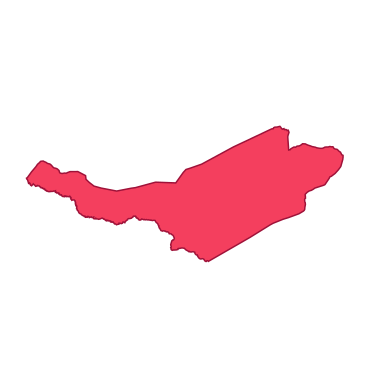 the district of Kacheliba, Rift Valley, Kenya, rotated 74°
{"feature_id": "3690345B93324860747201", "entity_name": "Kacheliba", "entity_type": "district", "adm_level": 2, "iso_a3": "KEN", "parent_name": "Kenya", "parent_adm1": "Rift Valley", "projection": "mercator", "projection_center": [35.077, 1.98], "detail": "fine", "context": "isolated", "style": "filled", "palette": "rose", "viewbox_px": 384, "rotation_deg": 74, "n_neighbors": 0, "source": "geoboundaries", "source_scale": "gbopen_adm2", "svg_char_len": 6010}
<svg xmlns="http://www.w3.org/2000/svg" viewBox="0 0 384 384"><g transform="rotate(74 192 192)"><path d="M243.2,106.4L242.4,95.2L241.1,90.2L240.5,89.1L239.7,88.4L238.0,87.8L235.2,86.4L233.5,86.1L232.6,86.3L230.5,85.9L229.8,85.5L229.1,84.5L227.9,84.5L227.8,84.3L227.2,84.1L226.0,84.1L225.3,83.6L224.0,81.3L223.3,79.0L223.3,76.8L222.8,74.7L222.1,72.8L221.8,63.4L221.5,62.1L216.8,56.5L215.5,55.4L215.3,53.7L213.6,49.3L210.9,45.0L208.8,42.3L208.3,41.8L202.3,38.1L200.2,37.2L198.4,36.7L197.4,37.8L194.6,38.3L193.7,39.2L191.2,40.6L190.8,41.1L190.3,42.3L189.6,43.2L188.8,43.7L187.8,43.8L187.5,44.0L187.2,44.5L187.0,45.6L186.5,46.4L186.2,47.2L186.3,48.2L186.2,49.0L185.9,49.9L185.5,51.8L185.9,53.6L185.9,54.9L185.2,57.2L183.9,59.9L183.0,61.0L181.4,64.1L180.5,65.2L178.7,67.9L177.0,69.8L176.1,72.4L177.0,74.7L177.2,75.7L177.2,76.9L177.0,77.5L176.9,78.6L177.5,80.1L177.4,80.6L176.9,81.4L176.9,81.9L177.7,85.1L178.4,85.8L178.3,87.5L165.6,84.8L164.4,84.3L161.4,82.3L159.8,82.4L159.1,82.5L159.2,83.5L158.8,83.5L158.0,84.2L157.7,84.8L157.8,85.4L157.5,85.9L157.3,86.1L156.4,86.1L156.4,87.3L156.6,87.5L156.5,87.8L156.0,88.2L155.1,88.6L154.3,88.8L153.1,89.4L153.0,92.4L152.5,94.5L152.7,95.7L153.0,96.1L153.5,96.4L153.3,98.0L153.5,99.4L160.1,139.8L167.9,175.1L168.6,187.2L168.7,191.6L170.8,195.0L178.8,205.1L172.5,224.4L172.2,245.3L171.6,249.4L170.3,264.2L163.2,278.2L159.3,284.6L154.5,288.1L150.6,290.4L146.9,289.8L140.9,296.1L138.8,303.6L139.0,306.3L139.3,307.9L138.7,309.1L138.4,311.8L137.5,313.5L136.6,313.9L134.7,313.9L132.7,315.1L131.7,316.3L130.8,318.0L130.3,318.5L127.3,319.9L125.9,320.9L124.7,323.0L123.2,324.2L121.8,326.0L121.4,326.2L121.1,327.0L121.0,327.9L120.8,328.6L120.9,329.4L121.8,330.5L122.1,331.5L122.9,333.0L124.6,335.0L128.4,340.7L132.8,346.3L133.1,347.3L134.1,347.2L135.2,346.7L138.5,346.7L138.5,346.3L138.3,346.0L138.4,345.7L138.6,345.6L139.2,346.0L139.6,345.3L139.9,345.4L140.0,345.3L140.9,345.3L141.3,345.0L141.4,344.6L141.8,344.4L140.5,342.4L141.0,342.3L141.4,341.7L141.8,341.6L142.0,341.3L143.4,340.8L143.5,340.6L143.5,340.1L143.3,339.8L143.5,339.1L143.1,338.8L143.2,338.5L143.5,338.5L144.2,337.0L144.8,336.9L145.3,336.4L145.9,336.4L146.1,336.2L146.0,335.9L146.4,335.7L146.6,335.0L146.8,335.1L147.7,334.2L147.7,333.6L148.4,333.5L148.4,332.9L148.6,332.7L149.4,332.8L149.9,332.5L149.9,332.1L150.5,331.5L151.0,331.6L151.3,330.7L151.9,330.2L152.4,329.0L152.3,328.6L152.6,327.9L152.4,327.5L152.7,327.1L153.1,325.4L152.9,324.5L153.3,323.9L153.2,323.0L154.1,323.4L154.5,323.4L154.4,323.0L154.5,322.7L155.0,322.7L155.2,322.2L155.8,322.1L155.6,321.6L156.1,321.0L156.1,320.5L156.5,320.1L157.0,320.2L157.2,320.6L157.4,320.5L157.7,319.8L158.3,319.7L158.6,319.6L158.5,318.8L158.8,318.5L158.8,318.3L159.4,318.4L160.3,317.9L160.8,317.3L160.7,317.0L161.0,316.6L160.8,316.6L160.9,316.2L161.2,315.3L160.7,315.1L161.3,314.1L161.7,314.3L161.8,314.1L162.0,313.4L161.9,312.9L162.2,312.5L162.5,311.9L162.3,310.7L162.5,310.5L163.7,310.0L163.7,310.5L164.5,310.4L165.3,310.1L165.8,310.3L166.1,309.8L166.8,309.8L166.7,309.3L166.9,308.9L167.0,307.7L167.2,307.4L168.3,306.8L169.0,307.1L169.4,306.8L169.8,306.8L170.4,307.2L170.7,306.9L171.6,307.4L172.0,307.2L172.5,307.3L172.6,307.0L173.3,306.7L173.5,306.7L173.6,307.2L174.4,306.8L176.0,307.5L176.1,307.3L176.5,307.5L177.2,307.1L177.9,307.3L178.7,306.7L180.4,306.5L181.3,306.2L181.6,306.0L182.7,304.7L183.2,304.6L184.0,304.0L184.9,303.1L185.1,302.6L185.7,302.4L185.7,301.6L185.9,301.4L186.7,301.6L186.9,301.5L187.0,301.1L186.9,300.6L187.4,299.9L187.4,299.6L186.8,299.6L186.7,299.2L187.1,298.1L188.3,297.8L188.3,297.4L188.0,297.0L188.3,296.2L188.1,295.7L188.7,295.4L189.1,295.1L189.0,293.5L189.4,293.7L190.0,294.0L190.6,293.8L191.2,292.4L190.6,291.9L190.6,291.7L191.7,291.0L191.9,290.0L192.5,289.3L192.6,288.0L192.3,285.9L192.4,285.4L193.3,284.7L193.3,284.3L193.9,284.2L194.0,283.8L194.3,283.4L195.5,283.0L195.5,282.6L195.4,282.2L196.1,282.1L196.4,281.8L196.4,281.6L196.0,281.0L195.9,280.7L197.0,279.9L196.9,279.1L197.3,278.5L197.6,278.5L198.1,278.7L198.3,278.6L198.1,277.7L198.5,277.4L198.9,277.5L199.0,277.4L199.1,277.1L198.9,276.3L199.1,276.0L199.9,275.9L200.5,275.5L201.3,275.3L201.3,274.8L201.8,274.2L202.7,273.6L202.6,272.6L202.8,271.1L202.5,270.7L202.0,270.9L201.8,270.7L202.3,270.2L202.3,269.6L202.9,268.8L202.9,268.2L202.8,267.4L202.0,267.0L201.8,266.5L202.0,266.0L202.9,265.3L203.0,264.9L202.3,264.6L202.1,264.3L201.6,263.3L201.1,262.6L201.1,261.7L200.4,261.2L200.1,260.6L200.1,260.0L200.5,259.1L200.4,258.5L200.5,257.6L200.0,256.4L200.0,255.9L199.2,255.3L199.1,254.8L199.4,254.2L199.5,253.2L199.9,252.7L200.1,252.6L200.6,252.9L201.7,252.5L201.7,252.0L202.2,251.7L202.4,251.3L202.8,251.1L203.7,251.1L204.5,250.3L204.5,249.5L204.8,249.0L204.1,247.9L204.6,246.9L205.3,246.2L205.3,245.2L205.9,244.8L205.9,243.4L206.5,242.8L206.6,241.6L207.2,241.0L207.3,240.0L207.8,239.5L207.9,238.7L208.5,238.2L208.6,236.9L209.0,235.5L209.2,235.3L210.3,235.2L211.6,234.7L212.9,233.7L214.5,233.6L215.5,233.1L216.3,233.6L217.3,233.1L218.1,233.3L218.5,232.9L220.5,232.5L221.5,231.1L221.4,230.2L221.6,229.5L222.0,229.2L222.4,228.2L223.2,227.8L223.6,226.3L224.9,225.4L225.7,225.5L225.9,225.4L226.4,223.7L227.6,223.0L228.1,222.4L229.3,221.9L230.0,222.0L230.8,221.7L232.0,221.9L233.0,223.0L233.0,223.4L232.8,223.8L233.2,224.2L233.4,224.9L236.8,227.0L237.2,227.0L237.7,227.1L238.3,227.0L239.0,227.1L239.3,227.4L239.5,227.8L240.7,227.7L241.5,227.9L241.8,227.8L242.6,227.1L242.6,226.0L242.9,225.2L243.0,224.3L243.3,223.5L243.4,221.4L243.2,221.2L242.6,221.1L242.5,220.9L242.7,220.2L243.0,217.0L244.1,214.7L245.0,214.4L246.1,213.7L247.5,212.2L248.5,211.5L248.4,210.8L249.1,210.4L249.3,209.5L249.5,209.2L249.6,207.5L250.7,205.9L251.7,206.1L252.6,205.9L253.8,205.1L253.9,204.3L254.1,204.2L254.7,204.1L255.3,204.3L257.3,203.6L257.9,203.2L258.4,202.8L258.9,201.9L258.9,200.5L259.3,199.8L260.0,199.1L261.7,198.7L262.7,197.7L262.7,197.4L262.3,197.1L262.2,196.3L262.5,195.7L263.2,195.4L251.6,148.7L245.1,125.8L244.4,122.6L243.3,111.9L243.2,106.4Z" fill="#f43f5e" stroke="#9f1239" stroke-width="1.5"/></g></svg>